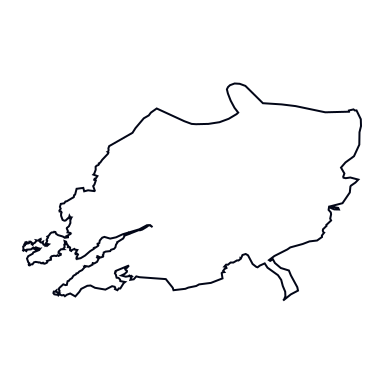 Råde nor, Østfold, Norway
{"feature_id": "86288312B77346500929668", "entity_name": "Råde nor", "entity_type": "district", "adm_level": 2, "iso_a3": "NOR", "parent_name": "Norway", "parent_adm1": "Østfold", "projection": "robinson", "projection_center": [10.836, 59.347], "detail": "fine", "context": "isolated", "style": "outline", "palette": "ink", "viewbox_px": 384, "rotation_deg": 0, "n_neighbors": 0, "source": "geoboundaries", "source_scale": "gbopen_adm2", "svg_char_len": 5833}
<svg xmlns="http://www.w3.org/2000/svg" viewBox="0 0 384 384"><path d="M73.8,197.1L66.7,201.3L65.5,201.5L64.2,203.3L60.8,203.9L59.9,206.9L60.7,208.7L59.4,210.5L59.6,211.5L61.2,211.6L61.6,212.7L61.1,213.5L61.1,215.8L62.6,219.9L64.3,220.7L65.6,220.5L69.2,217.1L69.5,215.9L70.2,217.2L71.4,217.4L70.4,218.5L71.0,218.6L70.3,220.4L70.4,223.0L68.9,226.3L66.9,227.9L66.8,228.6L67.9,231.0L67.5,232.4L70.2,232.9L70.6,233.2L70.1,233.6L70.3,234.1L66.6,236.1L68.0,236.7L68.0,237.3L64.8,237.8L62.8,236.5L58.0,235.1L56.1,233.8L55.4,232.0L54.1,231.8L53.8,232.3L51.6,232.5L50.4,233.4L48.6,235.9L47.3,236.6L48.0,237.6L47.0,239.0L46.6,240.0L47.2,240.6L47.0,241.7L45.7,243.6L48.9,244.3L47.0,245.9L46.5,245.3L45.3,245.8L45.1,244.8L43.6,244.7L42.7,243.0L43.0,241.7L41.2,242.6L40.2,242.0L39.8,241.2L40.8,239.4L40.7,238.9L39.1,239.7L38.6,240.7L36.3,240.3L36.6,240.7L34.7,242.9L33.5,243.4L32.6,244.8L31.6,244.0L31.8,242.7L30.6,241.7L29.8,241.7L30.0,242.3L29.1,243.0L28.1,242.5L27.8,243.4L26.5,243.0L26.1,242.1L25.6,242.3L25.9,243.0L27.1,243.5L25.2,244.4L24.6,243.9L24.4,244.3L25.2,244.5L25.0,245.3L23.2,246.5L23.5,249.4L23.0,250.3L23.4,250.7L24.3,250.0L25.7,250.2L26.8,249.6L25.9,250.8L26.3,251.1L27.2,249.6L30.9,249.4L33.4,247.5L33.8,247.7L33.3,248.6L34.5,248.7L35.9,247.3L37.1,247.8L36.8,249.7L35.6,249.7L36.4,250.3L38.9,248.3L39.6,248.8L38.4,249.5L39.9,249.0L39.2,250.0L33.3,252.4L32.7,253.7L28.2,256.2L27.0,258.6L28.3,262.3L29.2,263.1L28.7,264.5L28.9,265.2L29.7,265.4L31.1,264.3L32.5,264.3L34.0,262.3L35.7,261.9L38.8,262.4L39.5,263.0L39.2,262.6L39.8,262.4L41.2,263.3L43.1,262.7L43.6,263.1L43.2,263.4L44.7,263.7L46.8,262.8L47.4,261.9L47.0,261.0L50.9,259.7L50.7,258.7L51.7,258.3L50.7,258.2L50.5,257.6L51.6,256.3L54.0,255.7L56.3,256.0L57.6,255.2L58.5,255.9L60.8,254.8L60.8,253.9L58.5,252.9L58.7,251.5L61.0,249.3L63.5,249.2L63.0,248.9L64.6,247.4L64.3,244.5L65.2,243.8L64.6,241.1L66.1,241.7L66.4,242.5L66.2,244.3L67.1,244.2L68.3,246.1L67.5,248.0L68.5,246.4L70.1,247.5L70.1,250.3L71.1,251.0L70.8,251.4L71.1,251.2L71.7,250.2L74.4,248.9L75.0,249.6L77.3,250.0L75.4,253.2L75.3,254.2L74.7,254.4L77.3,253.7L78.0,254.5L76.6,257.2L76.4,258.7L76.8,259.0L77.4,258.2L78.1,258.7L80.6,258.2L85.0,255.6L90.2,251.1L93.8,248.9L93.8,248.0L94.5,247.7L94.1,247.3L95.1,247.8L97.9,246.0L98.3,245.5L97.7,244.4L98.2,244.0L97.9,243.6L99.3,243.1L99.8,240.5L102.2,237.7L104.4,236.9L110.2,238.6L116.1,237.3L122.6,234.3L139.3,229.3L147.0,225.2L150.1,225.1L152.5,227.1L150.0,225.4L147.7,225.5L147.8,226.0L146.5,227.0L142.2,229.6L139.9,230.3L139.4,229.9L129.9,233.6L129.5,233.3L129.6,233.8L123.5,236.0L124.2,235.9L124.3,236.4L123.2,238.5L117.2,242.2L117.4,242.6L116.0,244.7L115.4,247.3L114.1,248.8L111.0,249.8L110.2,251.1L105.6,251.6L103.7,252.5L103.6,253.9L102.8,255.1L103.3,256.0L103.0,256.7L100.6,257.5L97.6,256.3L97.4,255.3L97.3,256.3L99.9,257.5L98.7,258.5L97.9,257.2L97.3,257.6L98.7,258.6L97.1,261.8L94.4,263.4L91.9,262.9L93.1,263.5L92.6,264.6L88.7,266.6L85.1,266.0L85.2,266.8L84.2,266.7L84.5,267.4L82.1,270.1L79.3,271.5L77.7,273.2L76.4,273.4L76.0,274.3L73.4,275.8L72.0,278.1L69.7,279.6L68.9,280.8L67.6,281.2L66.8,284.9L65.5,285.1L63.3,284.3L59.3,288.0L58.7,289.4L59.5,290.5L59.4,292.5L58.9,293.0L58.2,293.1L58.2,292.6L56.2,291.8L56.3,290.5L54.9,291.7L53.8,291.6L53.4,293.1L54.3,294.3L56.5,294.7L58.7,294.2L58.0,295.0L58.3,295.4L59.3,294.3L61.9,295.4L63.7,295.0L64.9,296.2L66.9,294.7L70.2,293.5L75.3,296.4L79.3,291.9L81.2,288.9L87.3,285.8L90.6,285.5L95.0,287.8L105.4,289.6L112.1,286.2L114.7,286.8L115.4,288.2L115.0,289.1L117.4,290.2L118.8,288.4L120.3,288.5L123.6,283.2L125.1,282.0L120.3,281.1L120.1,279.6L118.5,277.9L116.6,277.7L115.8,274.5L114.9,273.4L115.3,271.7L115.8,271.7L115.8,270.9L128.9,265.5L127.1,267.7L125.0,268.6L125.4,269.6L126.9,270.8L126.9,271.8L124.7,273.9L121.4,275.5L125.8,276.7L128.6,276.2L129.3,275.6L130.2,276.5L131.1,275.8L132.1,276.5L131.3,277.2L130.4,279.8L133.7,279.3L136.3,276.4L139.5,277.2L165.8,279.1L172.7,287.7L173.5,290.2L185.4,288.8L188.3,287.6L196.2,286.0L199.1,284.4L210.9,282.9L222.5,278.4L221.7,273.1L222.4,272.4L224.3,272.1L223.2,270.8L224.6,268.9L226.5,268.0L226.1,266.9L224.4,266.6L226.1,264.7L228.0,264.7L230.6,262.5L233.4,262.5L237.0,260.4L238.5,260.5L240.6,258.9L240.5,258.1L241.0,258.3L242.5,255.0L245.7,254.0L248.0,255.3L252.6,264.0L256.3,266.9L257.6,267.3L259.8,265.6L264.7,263.4L267.5,267.7L278.0,275.2L281.2,279.9L282.8,286.0L285.2,291.7L285.4,296.2L284.2,299.2L283.2,300.5L290.8,294.4L298.0,290.6L297.3,287.2L290.9,275.4L288.9,270.5L280.8,268.0L274.9,263.0L272.9,259.3L270.2,260.9L269.0,260.1L274.4,256.0L287.4,249.4L290.3,247.4L302.7,244.0L309.5,241.4L317.1,240.5L322.0,237.0L321.9,235.5L324.1,232.7L323.5,232.4L322.8,230.8L323.0,229.3L326.5,225.9L326.3,225.0L331.1,220.5L330.2,218.6L331.1,214.3L330.8,212.4L328.6,209.9L329.1,206.6L330.0,206.4L330.0,207.1L330.9,208.0L334.2,209.4L338.9,209.5L338.2,207.9L330.1,206.4L342.5,203.2L349.8,192.5L350.4,186.6L350.9,185.7L355.4,182.6L358.3,179.6L350.3,177.5L345.7,178.2L343.5,177.7L343.2,176.8L344.4,173.5L341.0,167.6L345.5,162.4L354.0,156.2L359.3,144.7L359.5,132.2L361.0,126.1L360.8,119.2L356.5,110.4L354.9,110.5L353.5,109.4L348.9,110.5L349.0,111.7L325.3,112.3L295.6,106.1L281.6,104.4L262.9,103.2L245.4,85.9L239.7,83.8L234.6,83.5L230.0,85.2L228.0,87.1L226.9,89.3L227.9,93.5L230.7,100.7L234.5,107.8L238.2,112.6L236.6,114.1L228.7,118.8L219.5,122.2L208.4,123.9L196.0,124.2L191.6,123.9L184.3,121.2L156.7,108.5L150.9,112.6L148.8,115.4L143.8,118.3L135.5,128.1L132.5,132.8L109.2,146.1L108.4,148.3L108.6,150.0L108.1,151.9L107.7,152.0L108.4,152.7L107.9,153.8L102.3,159.7L100.4,162.4L99.0,163.3L99.3,163.6L98.4,165.0L96.6,165.7L95.6,166.8L95.7,169.8L94.2,173.8L93.4,174.6L97.4,176.1L95.8,178.5L94.7,178.7L94.2,179.8L95.8,180.5L94.4,184.6L93.2,186.1L94.8,190.7L94.3,191.1L88.1,190.3L84.2,191.3L83.3,187.9L76.6,188.8L75.1,194.6L74.1,195.2L73.8,197.1Z" fill="none" stroke="#020617" stroke-width="2"/></svg>